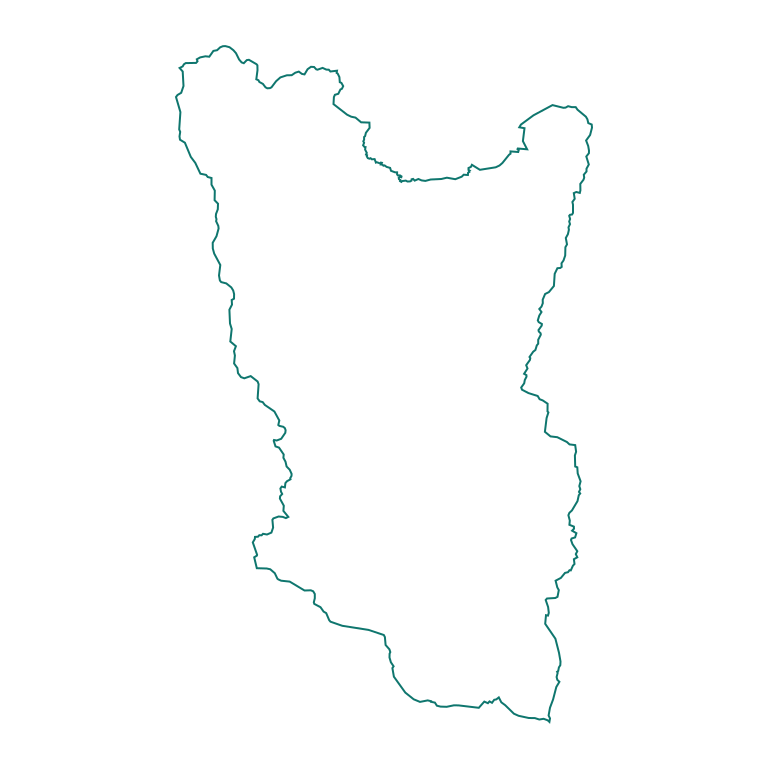 Bo Phloi, Kanchanaburi, Thailand
{"feature_id": "78962969B59995610664778", "entity_name": "Bo Phloi", "entity_type": "district", "adm_level": 2, "iso_a3": "THA", "parent_name": "Thailand", "parent_adm1": "Kanchanaburi", "projection": "albers", "projection_center": [99.464, 14.382], "detail": "fine", "context": "isolated", "style": "outline", "palette": "teal", "viewbox_px": 768, "rotation_deg": 0, "n_neighbors": 0, "source": "geoboundaries", "source_scale": "gbopen_adm2", "svg_char_len": 6059}
<svg xmlns="http://www.w3.org/2000/svg" viewBox="0 0 768 768"><path d="M568.1,106.2L565.6,107.6L563.4,107.8L552.5,105.1L533.5,115.3L520.9,124.6L519.3,127.3L524.5,128.2L522.9,141.1L527.1,149.3L517.8,148.5L517.5,149.1L518.7,150.2L518.2,152.0L510.5,151.4L510.5,153.7L509.0,154.8L502.4,163.0L499.5,165.5L495.7,167.3L479.9,169.8L471.9,164.8L470.9,166.9L468.5,168.0L468.5,169.8L469.5,170.5L468.9,170.8L469.4,171.9L468.1,172.7L467.9,175.0L463.7,174.7L461.7,176.7L455.3,179.2L446.9,177.7L441.3,179.0L430.7,179.5L425.4,180.9L421.6,180.4L418.4,179.0L414.7,180.6L413.1,178.9L411.6,179.3L411.5,180.6L410.1,181.4L407.4,181.5L405.8,180.6L402.0,181.1L401.4,181.9L400.0,181.1L400.3,180.0L399.0,179.2L398.7,177.8L400.0,176.8L401.3,177.2L401.5,176.4L400.0,175.4L397.8,175.4L397.1,174.4L397.1,172.3L395.0,172.3L391.0,170.8L390.1,167.9L386.6,166.9L384.6,165.4L383.4,165.7L382.5,164.7L380.9,164.5L381.8,162.8L380.9,162.6L380.4,163.5L376.7,162.2L375.9,162.6L374.6,159.1L371.8,159.3L370.6,158.2L369.4,158.7L367.8,158.1L366.8,156.4L367.1,155.2L366.0,154.6L366.8,152.9L365.1,149.6L365.5,147.1L364.6,147.1L363.1,145.3L364.1,142.8L363.3,141.3L364.1,139.7L364.1,137.0L365.1,136.1L365.9,132.8L369.6,127.9L369.4,122.6L361.1,122.3L355.5,117.6L351.2,116.7L347.1,114.7L333.5,104.1L333.9,97.1L334.9,94.8L338.3,93.8L340.4,89.5L341.9,88.8L343.2,86.1L341.4,82.9L339.8,82.2L339.4,77.1L337.7,73.6L336.6,72.9L337.0,70.7L330.4,71.5L328.8,69.7L326.3,69.6L322.6,67.9L317.5,69.7L316.2,69.3L314.1,67.0L311.0,66.8L307.6,69.2L304.5,74.4L301.9,73.9L298.8,71.6L295.3,72.7L291.7,75.2L286.8,75.3L280.4,77.4L276.1,81.2L271.5,87.3L270.0,88.1L267.3,88.3L265.5,87.3L262.9,83.9L259.4,82.0L258.4,80.2L256.3,79.3L257.5,70.2L257.4,65.3L256.5,64.2L248.9,59.8L246.8,60.1L243.8,63.2L241.6,62.4L239.1,59.5L236.0,53.2L233.4,50.2L229.5,47.2L225.4,46.1L222.9,46.2L220.2,47.3L217.1,50.2L213.4,50.9L209.3,56.7L205.4,56.3L200.2,57.4L196.8,59.3L197.5,61.3L196.1,62.9L185.7,63.1L183.9,64.3L182.7,66.4L179.6,68.0L182.7,71.5L183.5,86.0L181.2,92.8L177.5,95.0L176.0,97.0L180.4,112.1L179.2,129.4L180.2,131.9L179.5,136.4L180.0,139.7L184.9,142.7L190.8,156.9L195.3,162.9L200.4,173.7L206.1,174.9L207.7,177.0L211.5,178.0L211.5,184.7L214.8,190.6L214.6,200.2L218.0,203.7L217.8,209.3L216.0,214.0L215.8,216.8L216.5,219.2L216.1,221.2L218.3,225.9L218.6,228.5L216.5,236.2L212.7,242.8L212.8,248.5L214.2,253.6L220.3,265.0L219.0,275.5L219.9,280.5L221.2,282.1L226.3,283.4L231.3,287.4L233.2,290.5L234.1,294.1L234.0,298.7L231.7,300.0L232.0,304.6L229.4,309.7L230.0,323.5L231.7,329.0L230.3,341.5L235.9,346.2L234.0,351.2L234.9,355.5L234.1,363.5L237.4,368.1L238.0,373.1L241.0,377.1L244.3,378.3L250.7,376.1L257.6,381.5L258.6,384.2L257.6,398.4L259.7,401.3L262.7,402.1L264.8,404.9L274.4,411.5L279.3,420.5L278.3,425.0L279.4,425.9L283.3,426.8L284.9,428.2L285.6,430.2L285.3,432.8L281.2,438.8L276.7,440.5L274.0,440.0L273.7,440.8L275.5,446.4L279.0,447.6L283.7,454.5L283.4,457.8L285.5,461.7L286.6,466.5L289.7,469.7L291.6,473.9L291.5,475.9L290.2,478.2L290.5,479.3L287.0,481.2L285.4,483.1L284.9,487.4L281.7,486.6L280.4,488.5L281.0,491.7L282.2,494.0L280.1,496.3L279.9,498.6L283.8,505.7L283.4,510.9L288.3,516.9L285.9,518.1L282.8,516.9L278.6,516.5L273.4,518.4L272.4,519.8L273.1,527.6L271.4,532.6L267.0,534.5L263.0,533.8L261.6,535.3L259.3,535.2L258.0,536.7L255.0,536.9L254.8,539.0L252.8,542.4L257.1,554.8L256.9,555.6L254.2,557.3L256.8,568.2L266.7,568.5L270.3,569.3L274.8,573.2L277.4,578.7L278.3,579.4L281.1,580.7L289.7,581.6L304.5,590.5L310.8,590.3L313.2,591.3L314.8,594.0L314.8,598.3L313.8,602.3L314.3,603.9L320.5,607.2L323.6,611.6L326.2,613.1L329.2,620.2L330.5,621.7L342.3,625.8L368.5,629.9L383.8,635.0L384.9,637.1L385.6,645.0L389.4,649.3L390.3,652.1L389.6,653.7L389.5,657.5L390.9,662.3L393.6,666.3L392.4,668.1L393.9,676.7L405.3,692.6L413.7,699.3L420.0,701.9L427.7,700.4L431.1,701.2L431.0,701.8L434.9,702.6L436.9,705.7L440.5,706.6L446.7,706.8L454.0,705.3L458.6,705.4L478.8,707.8L484.3,701.6L487.9,703.2L489.5,701.4L492.0,702.8L494.2,699.8L496.3,699.4L498.8,697.4L501.3,702.3L505.2,705.2L513.9,713.7L518.6,715.8L528.8,718.0L534.9,718.1L539.3,719.5L543.6,718.8L547.7,720.3L549.4,721.9L550.0,718.4L548.6,715.5L550.0,707.7L553.1,699.4L556.3,687.0L559.4,681.8L557.3,679.8L556.6,677.0L557.7,672.8L557.1,671.8L558.2,671.0L558.9,667.4L560.3,665.2L560.5,661.5L559.0,652.8L555.4,638.7L545.2,623.8L546.0,615.2L548.0,615.6L548.8,612.8L548.1,607.0L545.7,600.0L547.0,598.5L555.3,598.0L557.5,596.8L558.8,590.1L557.3,587.4L555.6,580.7L560.9,577.9L565.0,572.9L568.0,572.2L569.5,570.2L570.8,570.4L572.9,565.7L574.5,564.0L573.9,559.2L577.3,557.3L575.8,554.1L577.3,551.2L572.5,544.2L571.0,540.0L571.6,538.5L575.1,537.4L576.4,533.2L572.1,530.7L574.0,528.7L573.9,526.6L569.4,524.8L569.8,520.6L568.4,515.2L569.4,512.8L571.9,510.5L577.5,501.1L578.8,495.2L580.2,493.5L579.0,491.9L580.3,489.2L579.3,486.1L580.6,481.3L577.7,473.4L577.3,467.3L575.2,466.5L574.9,455.4L576.1,451.8L575.2,445.1L569.5,444.4L566.9,442.0L557.3,437.2L550.5,436.4L544.9,431.8L546.6,418.0L548.4,412.4L547.5,411.4L547.6,403.7L542.7,400.4L539.6,399.2L537.7,396.0L528.5,393.1L522.0,389.7L521.2,387.5L524.2,383.3L524.8,380.0L526.5,376.7L526.4,375.1L524.1,373.8L527.5,368.5L526.2,365.2L529.9,360.0L530.3,358.1L529.5,357.0L533.2,351.7L535.4,350.0L536.8,345.4L538.2,343.7L538.2,339.8L540.8,334.7L540.6,333.3L538.8,331.5L538.5,330.1L541.7,325.6L541.9,324.0L538.7,322.1L537.8,320.4L539.3,315.5L541.5,312.0L539.3,309.0L541.5,306.6L542.8,303.2L542.7,299.7L545.1,294.0L548.9,292.1L553.9,286.0L554.7,273.8L557.4,268.2L560.2,268.0L561.7,266.9L561.5,263.3L563.5,260.5L565.2,255.5L565.4,247.2L567.0,244.4L565.8,238.0L567.9,234.2L568.9,229.8L568.5,227.3L570.0,224.1L569.2,221.5L570.1,219.0L569.2,215.8L570.0,214.8L572.1,214.5L573.0,212.9L573.0,204.7L572.4,202.0L574.7,198.8L573.8,193.1L576.3,192.0L579.8,192.9L580.4,190.4L580.3,183.9L583.5,179.7L584.2,177.6L583.8,174.7L586.5,171.5L586.5,168.7L588.8,164.5L586.3,156.5L588.9,153.2L589.0,150.7L588.2,146.0L586.1,140.5L590.1,135.0L592.0,127.6L591.7,124.5L588.3,123.1L587.4,119.3L585.9,116.7L577.5,109.7L575.7,107.1L571.6,107.1L568.1,106.2Z" fill="none" stroke="#0f766e" stroke-width="2"/></svg>